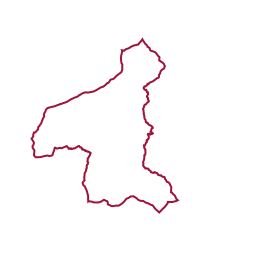 outline of Chivor, Boyacá, Colombia, rotated 211°
{"feature_id": "7082276B38103327022456", "entity_name": "Chivor", "entity_type": "district", "adm_level": 2, "iso_a3": "COL", "parent_name": "Colombia", "parent_adm1": "Boyacá", "projection": "robinson", "projection_center": [-73.366, 4.86], "detail": "fine", "context": "isolated", "style": "outline", "palette": "rose", "viewbox_px": 256, "rotation_deg": 211, "n_neighbors": 0, "source": "geoboundaries", "source_scale": "gbopen_adm2", "svg_char_len": 5819}
<svg xmlns="http://www.w3.org/2000/svg" viewBox="0 0 256 256"><g transform="rotate(211 128 128)"><path d="M206.3,75.7L205.8,73.4L205.0,72.2L204.9,71.9L204.9,71.1L205.2,69.3L205.0,69.0L203.1,68.2L201.2,67.1L200.6,65.9L200.4,64.5L200.5,63.4L199.9,62.3L199.1,61.7L196.8,60.7L196.0,59.4L195.2,57.4L194.5,56.2L192.9,55.5L192.0,55.5L191.2,55.8L190.6,56.3L189.0,57.3L187.4,58.6L185.5,60.6L182.9,62.9L181.5,63.3L180.6,63.8L179.6,64.6L178.8,65.8L178.9,66.7L179.4,68.2L179.8,70.9L180.2,71.9L180.6,73.4L180.4,73.6L180.0,73.7L178.5,73.7L177.9,74.1L176.9,75.2L176.0,75.9L175.7,76.1L175.4,76.0L175.0,76.3L174.4,76.5L173.5,77.9L171.2,80.9L170.4,80.8L169.9,80.4L169.5,80.3L168.5,80.3L168.1,79.7L167.6,80.1L167.1,80.2L167.0,80.7L166.6,81.1L166.2,81.3L165.5,80.9L165.1,81.2L164.2,82.5L163.5,82.8L163.2,83.0L162.5,84.5L162.1,85.0L161.4,86.6L160.9,87.2L160.5,87.4L159.7,87.0L158.8,87.1L158.7,86.9L158.2,87.1L157.8,87.0L157.3,86.8L156.7,86.9L156.2,86.0L155.5,86.1L154.7,86.7L153.5,86.6L152.9,87.0L152.7,87.0L152.4,86.3L152.0,86.4L151.8,86.7L151.3,86.9L150.6,87.0L150.3,87.2L149.9,87.0L149.0,87.5L148.3,87.5L147.1,87.3L147.1,87.0L147.3,86.7L147.2,86.2L146.7,85.6L146.7,85.2L146.6,84.4L146.8,83.5L146.5,82.5L146.5,82.0L146.9,81.3L146.9,81.1L146.3,80.3L146.1,80.1L145.6,78.4L144.4,78.0L144.4,77.3L143.9,76.6L143.9,75.9L144.1,75.5L144.0,74.7L143.4,73.3L142.7,72.6L142.7,71.5L142.6,71.0L142.0,70.1L141.8,67.1L141.5,66.1L141.1,65.5L140.5,64.3L140.5,63.9L140.2,63.5L139.8,62.7L139.4,62.4L138.9,61.3L138.3,60.8L138.7,58.3L138.6,57.5L136.8,56.0L135.4,55.8L134.6,55.5L130.3,52.4L129.3,51.2L128.0,50.1L126.9,48.7L126.3,47.9L125.4,46.1L125.0,45.8L124.2,44.5L124.0,44.9L122.7,45.6L120.8,46.3L119.4,46.5L117.0,47.7L115.7,48.5L114.4,49.6L113.2,51.0L111.7,54.0L111.1,54.2L109.9,54.1L108.6,54.5L107.8,54.4L107.3,54.1L106.8,53.5L106.3,52.4L106.0,52.3L105.6,52.2L103.9,52.5L102.6,52.5L101.5,52.8L100.5,53.4L98.1,55.5L96.6,56.2L95.4,57.4L95.3,58.0L94.1,60.4L93.4,63.0L93.1,65.8L92.6,67.0L91.3,68.6L90.9,69.9L90.2,70.9L89.6,71.2L88.2,72.3L85.8,72.3L84.1,72.2L82.3,71.7L81.0,71.8L79.6,72.1L77.5,73.3L74.3,73.2L72.0,73.8L69.2,73.9L66.9,74.4L63.1,72.8L57.7,71.7L56.6,76.6L56.0,78.6L55.6,80.6L55.3,83.7L55.4,84.8L55.7,85.2L51.9,87.4L49.1,90.2L48.2,91.7L48.8,91.7L49.7,92.0L53.3,94.3L55.1,94.5L56.5,95.1L57.1,95.2L58.0,95.0L58.4,96.0L59.0,96.8L60.1,99.1L62.0,100.7L62.7,101.0L63.9,101.9L64.3,102.1L65.8,102.2L66.6,101.9L67.6,102.2L68.3,102.8L70.3,103.6L70.4,103.9L71.3,104.7L71.8,104.7L73.2,104.0L73.8,104.0L74.4,104.0L74.8,104.4L75.3,104.5L76.0,103.9L77.1,103.6L77.9,103.4L78.4,103.4L78.7,103.6L79.0,104.1L79.5,104.3L81.7,103.9L82.0,104.0L82.5,103.9L82.7,103.5L82.7,103.0L82.8,102.7L85.5,101.9L86.3,102.7L88.2,102.8L88.8,102.9L89.3,103.4L89.7,103.5L90.2,103.4L91.1,102.8L91.5,102.8L92.0,102.3L92.3,102.3L92.7,102.7L93.0,102.6L93.7,102.9L94.1,102.9L95.8,103.7L96.3,105.2L96.6,105.4L96.9,106.1L97.5,106.5L97.9,108.9L98.2,109.8L99.3,112.1L100.0,113.0L99.9,113.3L99.6,113.7L99.6,114.1L100.0,115.2L101.1,117.1L101.9,118.0L102.1,118.6L103.9,119.3L104.1,120.0L104.9,120.7L105.3,121.3L104.6,121.6L104.5,122.0L105.0,124.5L104.9,124.9L104.6,125.4L104.6,125.8L105.7,126.9L105.7,127.3L105.0,128.1L104.9,128.4L105.2,129.0L104.9,129.6L105.1,130.3L106.0,131.6L107.7,132.7L107.8,133.1L106.7,134.0L106.4,134.0L106.1,133.8L105.9,133.9L105.6,133.8L105.4,133.9L105.4,134.5L105.2,134.7L104.7,134.9L104.5,135.2L104.5,135.5L104.1,135.6L103.9,136.1L104.1,136.3L104.8,136.2L105.7,136.5L106.7,136.3L106.8,136.8L106.5,137.3L107.2,138.5L107.3,139.4L107.3,139.9L106.8,140.6L106.8,140.9L107.4,141.4L107.9,141.4L108.4,141.7L109.6,141.8L111.9,141.5L112.4,141.7L113.2,142.3L113.9,142.0L114.1,142.0L114.7,142.5L115.1,142.4L115.6,142.2L115.9,142.4L117.2,144.0L117.6,144.2L118.3,144.4L118.7,144.6L120.5,147.0L122.0,148.4L122.1,149.0L123.2,150.2L124.0,151.4L124.9,152.0L125.1,152.6L125.0,153.9L125.7,155.7L125.5,156.8L125.1,157.1L124.8,157.6L124.5,159.9L124.0,160.6L123.9,161.0L124.1,161.9L124.4,162.3L125.5,162.6L125.8,162.9L126.0,163.7L126.3,164.1L127.9,164.5L128.1,164.9L128.2,167.5L128.9,168.0L129.2,168.8L129.5,168.9L130.4,168.6L131.9,170.1L132.3,170.0L132.7,169.6L133.6,169.5L134.8,170.0L135.2,170.3L135.3,170.8L135.4,171.9L135.2,172.2L134.6,172.4L133.8,174.2L133.6,174.9L133.9,175.3L134.0,175.7L133.9,176.0L133.2,176.2L133.0,176.5L132.9,178.0L131.8,179.2L131.4,179.9L130.7,180.7L130.4,181.7L129.7,183.1L128.9,185.4L128.0,186.3L127.7,187.0L127.7,187.4L128.8,189.8L128.6,191.2L129.2,193.3L129.0,195.1L127.9,197.3L127.8,197.8L127.8,198.3L128.0,198.8L128.2,199.1L128.2,199.9L129.8,201.1L131.0,201.7L132.1,201.8L134.4,201.9L134.8,202.1L135.8,201.9L136.3,202.3L136.7,203.4L137.5,204.9L137.9,205.1L138.7,205.1L142.0,206.4L143.3,207.0L145.1,206.8L147.7,206.1L148.7,206.0L149.5,206.4L150.6,207.6L151.0,207.7L152.0,207.8L153.0,207.6L153.3,208.0L154.9,208.8L156.3,209.0L157.4,209.4L158.8,210.2L160.5,210.7L160.9,211.2L161.3,211.5L161.7,208.0L162.1,206.6L162.2,204.9L165.8,201.4L167.6,198.6L167.7,198.0L168.6,196.5L170.2,194.7L170.6,193.9L171.0,192.5L171.4,192.0L172.4,191.9L173.2,191.5L172.5,191.0L171.3,187.1L170.0,184.1L167.1,180.3L165.6,179.6L164.0,176.7L163.2,175.6L162.7,173.8L162.5,173.0L162.7,171.8L164.7,167.0L165.6,162.9L166.4,161.9L167.5,160.9L167.9,160.1L167.9,157.4L168.1,156.6L168.9,155.8L169.2,154.1L170.4,150.8L171.8,149.3L172.5,148.2L175.0,143.5L176.3,141.6L179.3,138.8L180.8,137.6L182.6,136.8L184.4,135.0L185.6,133.0L185.9,132.1L186.9,130.9L187.0,129.7L188.2,127.9L188.8,127.3L190.0,125.7L190.7,124.5L191.2,124.0L194.0,118.7L197.9,114.0L198.6,113.5L198.9,112.6L199.7,112.0L201.7,109.3L206.7,104.3L207.3,103.4L207.8,101.3L207.3,99.6L207.3,97.0L206.7,95.6L205.8,94.9L205.7,91.7L205.0,88.2L204.9,87.5L204.9,86.3L205.1,85.2L205.0,84.4L205.1,83.4L205.4,82.6L205.1,81.8L204.4,80.7L204.6,79.4L204.9,78.3L205.2,76.6L205.5,76.1L206.3,75.7Z" fill="none" stroke="#9f1239" stroke-width="2"/></g></svg>